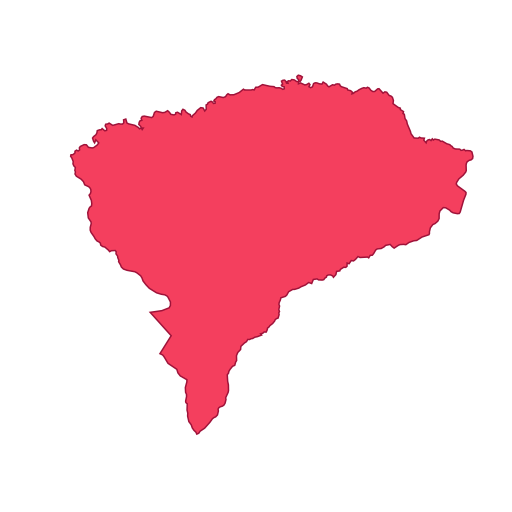 Lucas do Rio Verde, Mato Grosso, Brazil (orthographic projection), rotated 279°
{"feature_id": "56859067B78400349800715", "entity_name": "Lucas do Rio Verde", "entity_type": "district", "adm_level": 2, "iso_a3": "BRA", "parent_name": "Brazil", "parent_adm1": "Mato Grosso", "projection": "orthographic", "projection_center": [-56.167, -13.048], "detail": "fine", "context": "isolated", "style": "filled", "palette": "rose", "viewbox_px": 512, "rotation_deg": 279, "n_neighbors": 0, "source": "geoboundaries", "source_scale": "gbopen_adm2", "svg_char_len": 6081}
<svg xmlns="http://www.w3.org/2000/svg" viewBox="0 0 512 512"><g transform="rotate(279 256 256)"><path d="M364.5,122.8L363.4,121.0L364.4,119.9L366.1,115.9L366.6,109.4L367.2,107.7L370.9,106.0L369.8,103.9L366.9,104.6L365.4,103.5L365.1,101.8L365.2,99.7L362.6,94.1L364.3,90.1L363.3,89.0L362.6,86.9L360.9,86.7L358.6,88.6L356.7,88.8L356.0,87.1L357.8,84.1L356.5,83.4L356.1,81.6L355.0,79.6L352.7,79.6L350.8,79.0L348.5,76.9L346.9,76.1L343.8,77.7L342.5,78.9L345.7,79.6L343.1,83.0L340.8,81.8L337.7,78.8L337.1,77.3L337.1,73.5L339.3,71.1L339.1,68.8L336.7,65.3L335.2,64.6L333.2,65.2L331.9,63.9L332.5,62.2L331.2,60.8L329.6,61.1L328.4,60.2L327.4,59.2L327.0,57.4L325.5,57.3L324.1,58.7L320.7,60.7L318.4,60.8L316.5,62.0L315.2,63.7L312.2,63.7L310.8,64.5L308.7,64.4L306.7,66.1L304.6,71.1L302.5,73.9L299.5,75.7L298.3,79.9L297.2,81.4L295.9,82.4L293.9,82.9L291.8,82.7L290.0,81.6L285.1,84.7L282.0,85.6L279.7,85.7L278.7,84.6L277.0,83.7L272.5,83.0L267.4,84.4L263.9,87.7L262.2,88.2L258.5,87.8L255.6,88.2L253.5,89.4L249.8,93.0L247.8,94.5L246.0,96.6L245.2,99.0L244.3,100.3L242.5,100.9L241.4,102.9L241.2,105.3L238.8,109.2L237.4,110.8L238.6,112.3L239.4,116.1L238.4,117.2L236.2,117.4L234.3,119.3L232.8,119.7L230.3,121.2L228.9,121.2L226.0,123.6L224.1,124.7L222.4,127.1L221.7,130.9L221.5,138.9L220.6,141.3L218.4,145.2L216.5,146.8L213.6,148.4L210.4,151.8L207.4,155.7L204.1,163.5L203.4,168.5L203.4,172.0L202.6,174.3L201.7,175.4L197.2,178.7L193.7,179.2L191.2,178.3L187.3,171.6L183.8,160.3L164.0,184.7L144.5,176.4L143.7,179.2L142.4,180.7L136.2,185.9L131.7,195.5L128.3,197.2L125.7,200.0L123.0,207.1L120.9,207.4L115.0,206.8L110.3,207.8L108.5,209.0L106.3,209.4L101.6,209.2L100.2,209.7L99.3,211.2L93.0,212.0L90.1,213.2L87.2,213.5L81.9,215.6L79.2,218.4L76.2,220.0L74.2,221.9L72.6,224.2L70.8,225.4L72.0,227.2L74.2,228.2L77.9,232.2L84.6,236.5L88.4,238.4L89.8,239.7L90.8,241.3L93.0,242.8L97.1,243.1L98.8,242.5L100.3,243.0L101.4,244.2L102.5,246.4L103.8,247.7L105.9,248.5L109.6,248.8L111.2,248.2L116.9,249.8L118.8,249.9L124.4,248.9L127.8,247.6L134.2,246.2L136.0,247.2L137.6,247.2L139.8,248.0L143.4,250.1L144.7,252.1L148.1,252.5L149.7,253.2L154.5,252.3L157.9,253.1L161.2,255.4L164.4,255.2L168.3,258.2L169.9,260.0L172.3,260.9L172.5,262.7L173.5,264.0L174.0,265.6L175.6,267.5L176.6,270.1L178.8,273.9L179.9,272.7L180.7,274.7L182.2,275.9L182.5,278.0L184.8,278.6L186.7,278.7L187.9,279.9L189.4,280.6L191.9,283.0L194.7,284.6L196.1,284.9L197.4,286.1L198.1,287.5L201.7,288.0L203.4,287.4L204.8,287.9L206.6,286.9L210.3,287.1L211.8,286.2L213.7,286.2L216.2,286.9L218.6,287.1L220.7,291.3L222.2,292.5L225.8,293.8L228.7,297.4L229.1,299.4L231.0,303.3L232.7,305.3L235.1,309.3L238.1,312.2L237.5,315.3L241.8,316.3L242.9,319.9L242.2,321.6L242.6,325.2L243.2,326.6L245.2,327.7L246.1,328.8L247.6,329.0L248.6,330.4L249.0,332.5L248.3,334.9L247.1,335.8L250.1,337.8L253.4,338.0L254.4,341.1L255.9,341.4L258.6,344.4L258.8,346.4L260.1,347.5L263.3,347.1L262.9,349.1L266.4,350.8L266.4,353.1L268.2,354.8L271.4,356.8L270.8,359.0L272.4,366.3L271.8,367.6L274.5,368.7L275.0,370.8L277.0,371.9L280.7,373.3L282.0,374.7L283.0,378.5L285.2,381.2L286.8,382.4L288.4,386.7L286.5,389.1L285.4,391.2L288.9,395.0L289.8,396.5L290.6,400.0L290.6,402.2L293.3,405.0L295.7,409.4L296.5,412.3L300.7,417.0L304.1,423.5L305.5,423.8L307.0,423.5L311.1,423.8L314.7,425.7L316.0,427.7L318.8,430.1L321.6,431.0L326.3,430.3L329.2,430.6L333.1,433.4L333.3,435.8L331.6,440.1L330.3,441.7L329.5,443.9L329.3,448.3L329.8,450.1L331.4,450.8L343.6,452.3L349.9,453.7L351.6,453.5L352.6,452.2L356.8,444.0L358.5,442.5L360.2,442.7L363.9,444.3L368.2,448.0L371.7,450.0L373.3,450.3L378.5,449.3L380.3,449.3L382.1,449.8L383.9,451.7L384.5,453.3L386.1,454.7L388.4,454.7L392.5,453.0L393.4,451.3L393.2,447.8L392.7,446.5L393.8,444.8L392.8,443.3L392.4,442.0L393.4,440.5L392.9,436.3L393.4,434.0L394.9,432.5L395.4,431.2L396.3,430.0L396.7,426.9L398.6,422.0L398.1,420.5L399.3,418.7L399.4,414.3L398.3,413.0L399.3,411.8L397.4,410.8L398.2,409.3L397.6,407.8L396.0,406.5L394.4,406.3L396.6,403.6L398.7,403.9L398.4,400.4L398.9,398.9L397.7,397.8L397.3,393.7L401.1,389.9L403.1,389.1L410.0,384.8L413.1,383.6L415.0,381.7L419.2,380.3L419.7,378.9L421.7,379.1L423.2,375.7L424.6,375.4L425.0,373.2L427.9,367.5L431.1,367.4L434.1,365.9L435.1,364.3L435.4,362.4L438.2,359.5L438.3,357.6L436.7,356.0L440.5,351.3L440.1,350.0L437.1,347.5L436.7,345.7L437.7,343.4L439.6,341.5L440.1,339.7L439.0,338.6L439.1,336.2L438.2,334.4L436.3,331.7L434.6,330.1L433.7,328.3L431.8,326.7L431.2,325.4L432.8,325.7L434.1,323.6L434.3,320.7L435.6,319.9L436.6,313.8L437.4,312.5L438.8,311.6L438.8,309.7L438.2,307.9L437.0,306.8L437.1,304.8L434.5,301.6L435.2,300.1L436.7,298.8L438.3,295.1L436.1,294.2L436.0,291.5L436.5,289.0L436.3,287.3L435.3,285.9L431.9,285.3L430.8,283.6L431.5,281.8L433.7,282.5L434.9,281.2L433.2,279.1L432.6,277.5L433.9,272.9L432.7,271.0L434.9,270.7L434.7,268.8L435.9,266.3L435.9,263.7L434.2,262.5L434.2,260.8L433.3,259.7L431.6,260.6L431.5,259.1L433.0,258.3L434.2,256.8L433.8,255.1L432.7,253.8L429.9,255.4L428.7,254.3L427.6,255.4L427.5,257.4L425.6,257.8L424.8,256.4L425.6,254.6L425.8,252.5L425.3,250.3L425.3,248.6L426.1,247.3L425.8,243.3L426.3,235.6L423.1,231.7L422.6,229.3L419.7,228.2L419.9,226.7L419.2,225.3L418.2,218.8L418.8,217.5L414.8,213.8L411.8,208.9L411.1,205.1L411.9,203.0L410.5,201.8L408.6,201.0L407.4,198.9L407.6,194.2L406.7,192.7L404.9,191.7L404.0,190.6L402.5,190.1L402.2,191.5L400.5,191.7L400.0,190.1L401.1,189.1L401.8,187.4L399.9,184.7L398.3,184.3L397.4,183.1L393.2,183.9L391.2,182.7L393.9,180.6L393.9,178.2L390.6,175.2L387.7,173.8L384.7,171.3L383.3,171.1L383.8,169.7L385.4,168.9L385.9,166.9L387.3,164.3L388.8,163.0L389.5,160.9L387.7,159.9L384.0,160.1L385.7,156.0L385.0,154.4L383.5,154.4L382.5,152.9L382.6,149.7L384.3,148.1L385.7,146.0L383.6,143.5L382.9,141.4L383.4,134.8L381.9,133.3L377.7,132.6L376.4,131.3L376.7,123.7L376.0,121.8L374.1,121.0L372.1,122.0L371.5,120.4L369.9,119.7L367.6,119.7L366.0,121.8L364.5,122.8ZM364.5,122.8L364.7,124.6L363.1,123.8L364.5,122.8ZM434.9,270.7L435.4,272.3L436.6,273.0L440.1,273.8L441.0,271.8L441.2,269.5L439.7,268.3L437.9,268.9L436.7,270.7L434.9,270.7Z" fill="#f43f5e" stroke="#9f1239" stroke-width="1.5"/></g></svg>